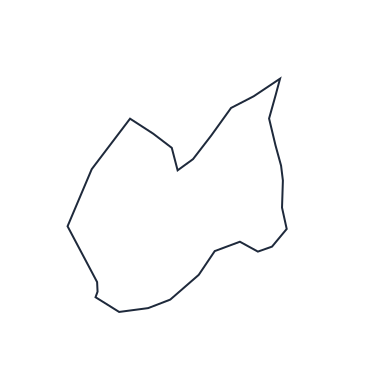 Escaldes-Engordany, Robinson projection, rotated 134°
{"feature_id": "AND-4881", "entity_name": "Escaldes-Engordany", "entity_type": "state/province", "adm_level": 1, "iso_a3": "AND", "parent_name": "Andorra", "parent_adm1": "", "projection": "robinson", "projection_center": [1.58, 42.496], "detail": "fine", "context": "isolated", "style": "outline", "palette": "slate", "viewbox_px": 384, "rotation_deg": 134, "n_neighbors": 0, "source": "natural_earth", "source_scale": "10m", "svg_char_len": 520}
<svg xmlns="http://www.w3.org/2000/svg" viewBox="0 0 384 384"><g transform="rotate(134 192 192)"><path d="M334.7,188.3L329.3,190.7L322.7,197.7L303.1,257.7L245.2,280.0L182.3,287.5L177.0,260.4L174.3,237.2L186.4,217.4L167.6,214.1L138.0,217.4L104.4,222.3L80.2,214.1L49.3,207.4L64.1,199.2L85.6,187.6L100.4,164.4L111.2,146.2L120.6,134.6L140.7,116.4L152.8,98.2L175.7,96.5L189.1,103.2L194.5,123.0L218.7,134.6L246.9,129.6L284.5,132.9L306.0,142.9L328.9,161.1L334.7,188.3Z" fill="none" stroke="#1e293b" stroke-width="2"/></g></svg>